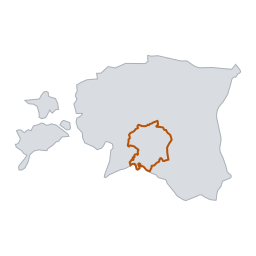 Viljandi highlighted on a map of Estonia
{"feature_id": "EST-2350", "entity_name": "Viljandi", "entity_type": "County", "adm_level": 1, "iso_a3": "EST", "parent_name": "Estonia", "parent_adm1": "", "projection": "albers", "projection_center": [25.42, 58.32], "detail": "medium", "context": "in_parent", "style": "outline", "palette": "amber", "viewbox_px": 256, "rotation_deg": 0, "n_neighbors": 0, "source": "natural_earth", "source_scale": "10m", "svg_char_len": 4175}
<svg xmlns="http://www.w3.org/2000/svg" viewBox="0 0 256 256"><path d="M216.2,200.1L215.3,200.3L210.1,199.6L204.3,196.9L201.8,194.9L199.3,195.0L196.4,196.4L185.8,200.6L183.2,199.7L177.1,195.9L174.0,191.7L167.1,183.2L166.5,181.2L165.6,179.6L158.3,177.6L155.6,174.5L153.4,174.0L150.2,172.5L141.7,165.8L139.6,165.2L139.1,166.3L139.2,167.9L138.7,168.8L137.6,168.8L135.7,166.3L133.3,164.1L126.0,168.2L123.4,169.2L121.0,169.5L109.4,174.7L105.8,177.5L104.3,177.2L104.7,174.5L109.7,161.0L110.8,150.3L112.5,148.8L113.1,147.3L112.4,143.9L107.4,141.6L105.4,141.9L103.6,145.6L101.6,148.2L97.2,149.7L93.5,146.8L84.8,142.9L82.7,137.9L82.3,132.8L77.8,127.9L76.0,122.1L76.9,118.2L81.2,115.7L82.4,113.4L77.1,113.6L76.1,113.1L75.9,111.0L73.8,104.0L75.9,101.3L76.9,98.6L75.3,96.3L75.8,93.7L77.2,91.1L76.6,85.0L81.8,82.0L86.9,79.8L97.5,78.9L96.6,73.3L100.8,73.2L108.2,66.6L115.3,67.9L125.6,63.4L145.4,63.6L148.1,60.9L147.7,58.3L147.7,55.4L151.4,56.2L157.7,55.7L181.0,61.0L186.8,60.9L194.8,66.4L199.2,67.8L211.8,67.5L231.5,69.3L235.1,65.4L235.5,64.4L237.4,66.4L239.9,69.8L240.6,71.7L239.9,72.9L237.6,74.0L237.1,75.1L236.1,76.9L233.4,77.4L232.0,78.8L230.5,84.7L227.6,94.5L223.0,102.0L219.3,106.2L217.6,109.4L216.7,113.1L216.5,116.9L220.9,137.3L221.0,141.0L220.2,144.9L219.7,148.8L220.3,152.1L223.0,157.8L225.9,166.2L227.2,171.7L229.0,173.6L230.8,175.0L231.2,176.0L231.2,176.9L230.3,178.0L222.7,181.2L221.7,183.6L221.0,186.4L217.7,190.5L216.8,194.2L216.3,198.6L216.2,200.1ZM43.9,123.6L46.4,125.3L48.8,124.9L51.2,123.8L56.3,125.1L67.9,134.0L68.9,136.3L61.8,137.0L60.1,139.6L58.3,141.3L56.3,141.8L52.7,145.3L47.9,148.6L46.9,150.7L38.5,149.9L33.8,151.1L29.9,154.8L28.0,162.2L25.0,167.9L22.1,169.9L19.2,170.1L18.6,167.9L19.0,165.7L25.5,157.7L26.9,155.1L24.0,153.7L21.6,150.7L16.2,147.1L15.4,144.3L16.7,144.2L17.9,143.5L19.5,141.3L20.4,138.7L16.4,130.8L18.7,129.8L21.4,130.2L24.2,132.6L27.4,130.1L28.8,129.8L31.0,130.8L33.4,125.9L38.7,124.5L41.4,123.0L43.9,123.6ZM55.4,109.8L52.4,113.1L50.7,111.7L49.8,110.0L45.7,117.6L41.4,118.7L39.0,117.1L39.3,114.2L37.3,106.6L33.7,104.2L28.5,103.7L24.9,100.4L39.4,99.0L41.1,95.5L44.2,91.8L46.4,91.5L48.2,92.4L48.5,95.4L48.9,96.6L55.4,98.5L57.7,103.5L58.5,109.4L55.4,109.8ZM69.8,129.4L66.8,130.0L59.9,124.9L61.7,121.6L63.7,120.4L69.7,122.6L70.4,127.7L69.8,129.4Z" fill="#d9dde1" stroke="#a8b0b8" stroke-width="1"/><path d="M141.5,166.4L141.1,166.1L140.9,165.7L140.2,164.0L139.6,163.5L138.9,163.4L138.4,163.8L138.4,165.0L139.4,166.9L139.7,168.0L138.9,168.9L137.8,169.5L137.2,169.5L136.6,169.1L136.2,167.6L135.9,165.9L135.4,164.5L134.4,163.8L132.7,163.9L131.9,164.1L131.1,164.6L130.5,165.2L130.2,164.4L130.0,163.3L129.7,162.6L129.7,162.2L130.0,161.8L131.0,161.0L131.3,160.1L131.5,159.9L132.0,159.8L133.1,160.0L133.4,159.8L133.5,159.4L132.6,158.3L132.6,158.0L132.8,157.6L133.3,157.1L134.3,157.4L134.5,157.2L134.5,156.6L134.3,155.5L134.9,154.6L136.8,154.1L137.3,154.4L137.5,154.7L137.9,154.4L137.8,151.1L138.4,150.3L138.3,149.7L137.8,149.2L135.7,147.8L134.3,146.5L133.8,146.3L130.2,145.4L129.0,146.5L128.2,146.1L127.8,145.3L128.3,143.1L128.6,141.7L128.5,140.1L128.6,139.3L129.7,138.5L129.7,136.8L129.5,136.1L129.0,135.0L129.3,134.4L130.6,132.9L133.1,131.8L134.6,130.6L135.5,129.3L136.1,128.8L137.5,128.3L137.9,128.0L137.8,127.3L137.5,126.3L137.6,125.8L137.9,125.3L138.8,124.8L142.1,126.1L145.3,126.2L146.5,125.8L147.8,124.8L148.9,125.1L149.5,124.2L151.9,123.4L153.2,122.5L157.4,120.9L157.7,121.4L157.8,123.2L158.0,124.1L158.0,124.6L157.8,125.0L156.7,125.7L156.4,126.2L156.5,126.6L156.8,126.8L159.3,126.9L162.5,127.3L163.4,128.0L163.7,128.9L164.4,129.9L164.8,130.0L166.0,130.0L166.3,130.5L166.7,131.6L167.8,133.0L170.3,135.0L171.6,139.4L171.6,139.9L169.2,143.5L168.0,145.7L167.1,147.7L167.3,153.0L168.4,159.6L165.1,160.6L164.3,161.0L163.2,161.0L162.8,160.5L161.8,158.8L160.8,158.1L160.4,158.1L160.2,158.4L160.1,159.0L159.3,159.8L159.2,160.2L159.2,160.5L159.4,160.9L159.3,161.3L159.0,161.7L157.0,162.7L155.7,163.8L154.6,165.1L154.1,165.5L151.9,165.7L151.6,166.0L151.6,167.2L151.5,167.8L150.6,169.4L150.1,170.7L149.4,172.0L149.4,171.6L149.1,171.1L148.7,170.9L147.4,170.6L146.0,169.6L143.8,166.9L142.3,166.1L141.5,166.4Z" fill="none" stroke="#b45309" stroke-width="2"/></svg>